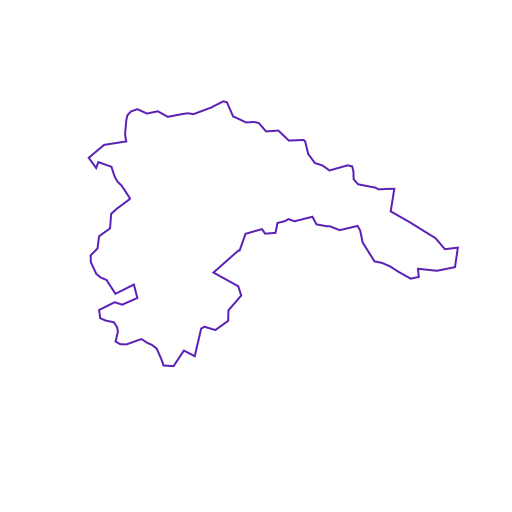 Abak, Akwa Ibom, Nigeria, rotated 290°
{"feature_id": "59680162B70631413452384", "entity_name": "Abak", "entity_type": "district", "adm_level": 2, "iso_a3": "NGA", "parent_name": "Nigeria", "parent_adm1": "Akwa Ibom", "projection": "mercator", "projection_center": [7.771, 4.989], "detail": "fine", "context": "isolated", "style": "outline", "palette": "violet", "viewbox_px": 512, "rotation_deg": 290, "n_neighbors": 0, "source": "geoboundaries", "source_scale": "gbopen_adm2", "svg_char_len": 1725}
<svg xmlns="http://www.w3.org/2000/svg" viewBox="0 0 512 512"><g transform="rotate(290 256 256)"><path d="M126.7,158.5L128.6,164.5L138.2,176.0L138.7,177.2L137.2,183.6L136.9,188.4L135.1,194.2L127.1,202.0L121.5,206.6L124.3,216.2L142.5,220.6L140.9,232.7L169.0,229.3L171.9,231.7L172.5,243.1L185.5,252.0L195.5,248.7L213.8,255.6L221.5,249.7L225.9,221.7L255.0,237.5L255.5,238.7L273.3,238.6L283.3,252.4L280.1,256.9L284.4,266.4L294.4,264.9L298.6,271.2L301.8,273.9L301.8,280.3L312.2,295.6L306.4,302.0L308.1,312.0L309.2,315.4L308.9,325.8L319.0,341.1L315.7,345.1L305.3,351.5L293.5,366.6L291.5,369.1L292.6,376.9L292.1,385.4L289.9,395.2L287.6,409.1L292.0,416.1L299.4,412.6L304.0,431.1L313.6,446.8L332.9,442.8L327.0,431.2L334.1,418.7L340.5,388.0L344.0,367.3L366.4,363.0L364.1,356.7L361.5,350.8L360.6,348.2L361.1,344.3L360.3,340.4L358.3,327.3L361.5,321.5L368.9,318.6L373.1,315.7L372.5,311.0L361.5,295.8L363.8,287.5L363.5,279.5L369.7,270.2L380.5,263.0L381.3,261.0L375.7,247.4L381.5,234.1L376.5,222.8L381.9,213.2L381.3,208.5L378.1,200.9L379.1,190.3L379.3,186.8L390.5,176.1L390.2,172.5L382.0,164.7L381.7,164.6L380.5,163.5L374.6,156.6L367.9,148.7L366.8,143.1L364.5,138.8L356.6,125.5L358.4,114.2L352.6,104.9L352.7,103.3L353.4,94.3L349.1,89.1L344.2,87.0L339.3,87.7L327.4,90.8L324.2,92.0L319.3,94.9L308.5,75.3L291.1,65.2L284.0,75.7L290.3,75.7L290.4,89.6L282.5,95.8L278.5,100.4L276.1,105.8L267.0,117.9L266.3,117.9L253.1,109.2L246.1,105.5L232.0,109.4L220.9,101.8L208.9,104.5L200.0,100.4L193.7,102.9L184.6,112.0L182.6,117.7L182.4,123.7L172.4,136.8L187.4,151.0L176.0,158.9L164.5,146.9L164.2,139.0L151.6,127.0L144.3,130.9L143.9,136.5L145.1,145.1L141.5,149.9L137.7,152.1L127.6,153.3L126.7,158.5Z" fill="none" stroke="#5b21b6" stroke-width="2"/></g></svg>